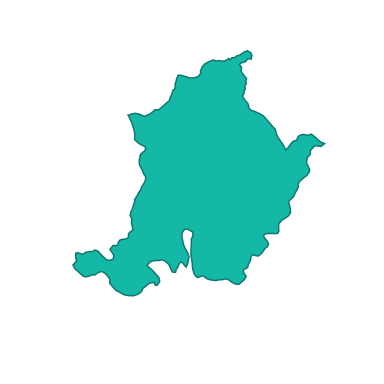 Aradippou, Larnaca, Cyprus, rotated 47°
{"feature_id": "46923920B78088096679659", "entity_name": "Aradippou", "entity_type": "district", "adm_level": 2, "iso_a3": "CYP", "parent_name": "Cyprus", "parent_adm1": "Larnaca", "projection": "albers", "projection_center": [33.576, 34.95], "detail": "fine", "context": "isolated", "style": "filled", "palette": "teal", "viewbox_px": 384, "rotation_deg": 47, "n_neighbors": 0, "source": "geoboundaries", "source_scale": "gbopen_adm2", "svg_char_len": 4110}
<svg xmlns="http://www.w3.org/2000/svg" viewBox="0 0 384 384"><g transform="rotate(47 192 192)"><path d="M92.2,186.3L95.8,187.3L100.6,188.9L103.7,190.5L107.4,192.3L110.5,194.3L112.8,196.2L114.3,198.1L115.7,198.2L120.7,197.6L126.6,195.6L128.6,196.2L129.8,198.7L129.4,200.4L129.3,202.7L130.0,205.3L131.4,206.6L132.3,208.4L133.9,210.0L136.0,211.6L138.1,212.5L140.5,213.0L142.8,213.7L145.5,214.9L148.4,215.4L149.9,215.6L150.6,216.9L151.9,218.6L153.1,222.0L153.7,224.0L153.9,225.7L155.4,227.7L156.1,231.6L157.3,234.6L157.7,236.2L158.4,239.2L160.3,240.8L161.6,243.7L163.8,247.2L164.8,250.1L167.1,253.4L170.0,253.9L171.8,255.6L173.6,257.6L175.7,258.7L177.7,259.7L179.1,260.9L179.4,262.9L179.0,264.7L179.4,267.2L181.8,269.4L181.6,271.8L178.8,275.6L178.0,277.7L178.5,279.8L180.2,283.0L177.3,286.2L177.6,288.7L178.1,291.2L181.7,291.7L185.1,292.4L187.4,295.4L185.7,299.0L183.3,300.8L178.7,301.1L173.0,301.2L170.8,301.2L168.0,302.8L168.1,304.7L165.9,307.4L163.5,311.0L163.5,313.1L162.1,315.1L158.3,317.0L157.9,318.0L157.5,318.8L161.0,322.0L163.8,323.5L164.2,328.9L169.1,330.0L175.0,329.3L179.2,329.0L181.3,327.9L183.5,324.4L184.3,321.7L186.4,319.7L186.9,315.6L188.6,312.1L192.3,311.0L197.0,311.0L200.4,311.9L202.5,314.4L206.4,314.7L212.1,314.7L215.9,313.4L219.6,312.2L220.9,311.7L224.6,309.0L228.1,305.4L229.8,301.5L230.4,298.8L230.1,295.8L229.0,294.3L229.3,290.2L229.5,286.2L230.0,284.7L232.3,281.3L235.1,282.5L236.4,281.0L235.4,276.6L232.2,274.6L226.7,274.4L222.2,274.4L218.7,274.7L215.7,275.1L214.9,275.1L214.7,271.8L214.9,268.9L217.1,265.6L219.8,262.6L221.0,260.2L224.5,258.7L228.8,258.4L229.4,258.4L234.4,260.1L237.2,260.9L239.5,258.8L237.8,256.4L237.4,253.7L235.9,250.8L235.3,248.2L237.3,247.2L241.1,247.5L242.9,247.5L241.2,243.7L239.2,240.9L237.2,238.2L232.2,236.3L227.7,235.2L224.0,233.7L220.0,231.3L216.6,228.9L214.9,226.1L214.2,222.7L216.0,220.6L222.0,218.8L224.4,220.9L226.3,224.9L229.7,228.0L232.3,230.8L235.9,234.3L237.9,236.2L241.3,238.3L245.4,241.3L248.7,244.0L253.2,246.2L255.6,246.6L258.3,246.3L259.8,243.2L260.5,241.4L262.0,240.9L266.2,240.0L268.8,238.5L271.5,236.3L273.2,234.7L274.8,231.8L277.0,229.4L278.3,226.8L281.1,225.1L285.1,224.4L287.9,223.5L289.6,222.5L291.5,220.7L291.7,215.6L291.8,213.3L290.5,209.8L290.0,209.8L288.2,209.6L285.6,209.0L283.9,207.2L285.2,202.9L283.1,199.7L282.0,196.0L279.4,192.9L279.2,190.5L282.6,188.4L284.1,187.0L284.3,183.0L283.9,180.8L283.1,176.1L283.5,174.1L282.1,171.4L278.6,170.4L275.7,170.4L273.3,169.9L272.2,167.9L274.2,164.7L276.0,162.7L278.4,160.3L280.1,158.3L280.7,157.6L279.8,155.1L277.0,152.9L274.8,150.7L274.3,149.3L273.9,144.9L274.9,140.5L275.2,137.4L274.4,134.2L271.3,131.5L268.3,129.9L265.2,128.3L264.7,126.7L264.7,123.8L264.6,120.6L263.0,116.9L261.8,113.0L260.7,110.8L259.1,109.4L257.9,107.5L257.7,105.6L257.7,102.5L257.9,99.9L258.2,96.7L257.2,92.5L256.1,90.8L251.3,89.1L249.4,88.9L247.7,87.2L245.5,84.1L245.1,79.8L242.4,77.0L242.0,73.2L242.0,70.5L246.6,66.6L247.1,62.1L242.5,64.0L235.2,64.6L230.9,65.3L230.8,66.4L228.7,69.5L226.1,70.9L224.6,73.1L223.9,75.7L224.4,78.0L225.6,80.1L223.9,83.3L224.2,86.9L225.1,91.4L225.2,94.8L219.1,93.0L214.3,92.4L209.6,91.6L205.6,89.9L202.9,88.3L199.6,88.4L191.0,88.0L185.4,87.9L180.0,89.4L174.9,91.7L172.8,93.0L169.2,93.3L167.7,91.8L165.2,90.7L161.0,90.7L156.1,89.7L155.4,86.7L153.8,85.0L153.0,82.9L150.4,80.9L149.6,78.0L147.5,77.3L146.3,74.7L143.9,74.6L139.4,74.2L136.9,73.6L135.2,71.7L134.7,70.7L131.1,70.4L130.9,68.4L132.2,66.1L133.2,63.6L132.6,60.7L134.0,58.8L135.2,58.2L133.1,55.1L130.2,54.0L126.5,55.1L124.9,59.4L124.7,63.0L122.9,66.8L122.8,69.1L121.0,71.3L121.5,73.6L119.4,74.1L119.1,76.4L118.3,79.1L116.1,81.3L114.1,82.8L112.6,85.1L110.1,86.2L108.3,90.5L107.1,94.9L107.3,98.7L109.3,103.3L111.0,104.5L111.6,106.9L111.6,108.9L111.2,110.6L110.6,110.9L109.9,112.6L107.3,115.7L102.6,118.3L98.9,120.5L97.2,122.6L98.9,126.4L100.5,128.4L101.2,130.4L103.8,132.7L104.9,134.3L104.6,136.9L106.2,138.9L107.7,142.6L109.8,146.3L109.5,149.4L109.5,152.8L109.3,156.2L109.3,159.9L106.6,163.0L106.4,169.2L104.2,175.3L98.8,177.6L95.8,179.8L93.7,183.1L92.6,185.8L92.2,186.3Z" fill="#14b8a6" stroke="#0f766e" stroke-width="1.5"/></g></svg>